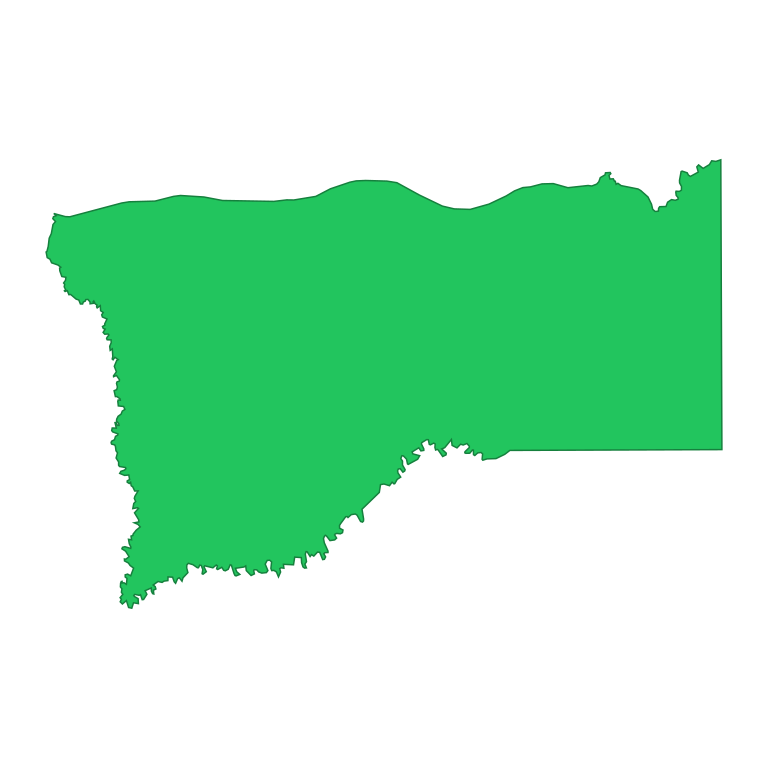 Chong Kal, Otdar Mean Chey, Cambodia (Natural Earth projection)
{"feature_id": "14789045B71050789066686", "entity_name": "Chong Kal", "entity_type": "district", "adm_level": 2, "iso_a3": "KHM", "parent_name": "Cambodia", "parent_adm1": "Otdar Mean Chey", "projection": "natural_earth1", "projection_center": [103.539, 14.003], "detail": "fine", "context": "isolated", "style": "filled", "palette": "green", "viewbox_px": 768, "rotation_deg": 0, "n_neighbors": 0, "source": "geoboundaries", "source_scale": "gbopen_adm2", "svg_char_len": 6083}
<svg xmlns="http://www.w3.org/2000/svg" viewBox="0 0 768 768"><path d="M122.4,604.0L126.4,600.6L128.6,607.5L131.8,608.2L133.5,602.8L138.4,603.6L138.1,598.6L134.4,596.5L133.8,595.4L134.8,594.4L139.2,595.3L140.5,594.7L142.2,599.7L143.6,599.5L146.9,594.3L145.1,590.7L151.2,588.0L151.4,591.2L152.6,593.6L153.8,594.0L153.4,590.2L155.9,589.0L155.2,586.6L153.2,585.0L158.0,581.5L162.1,582.4L164.1,581.1L167.9,580.6L168.0,576.9L172.6,577.2L174.2,581.8L175.6,583.3L177.6,578.6L179.3,577.8L182.0,581.2L183.0,577.8L187.9,572.6L186.7,568.0L186.8,565.0L188.3,563.3L193.0,564.7L197.3,567.7L198.5,567.7L199.7,565.1L201.2,565.4L202.8,569.6L202.1,573.7L203.0,574.2L206.3,571.7L204.0,566.8L204.7,565.8L212.9,567.8L216.3,565.0L217.4,565.8L216.6,568.8L217.7,569.5L221.8,567.3L223.7,570.3L225.3,570.8L228.2,569.3L230.2,564.8L231.4,565.2L234.0,573.5L235.0,575.5L236.1,575.9L239.8,574.4L236.8,571.8L235.4,568.3L244.0,567.0L245.7,565.9L246.3,570.6L251.1,575.5L254.4,573.9L253.7,570.7L254.2,569.7L256.7,569.8L258.6,571.9L261.8,573.1L266.4,572.6L267.9,570.6L265.2,564.1L267.2,560.4L269.7,560.2L271.6,561.9L270.9,568.4L271.7,570.6L273.9,570.4L276.4,571.9L278.5,576.9L280.6,572.0L279.7,568.6L280.9,567.8L283.9,568.2L283.4,564.3L293.5,564.8L294.7,557.1L301.3,557.6L301.6,562.7L303.0,566.9L304.6,568.1L306.4,567.9L304.9,564.1L306.5,561.7L305.3,554.1L306.1,551.6L307.1,551.7L310.1,556.5L311.5,554.6L313.8,556.1L317.5,552.1L319.7,552.3L322.7,559.6L324.4,559.3L325.6,556.9L323.8,553.7L324.9,552.7L328.0,552.5L328.0,551.1L324.3,542.8L323.5,538.6L324.4,536.3L325.3,535.3L326.6,536.1L330.0,540.6L334.7,539.9L336.6,538.1L334.6,534.9L335.1,534.1L336.6,533.4L340.4,533.8L342.5,532.7L343.0,530.0L339.6,528.2L339.5,525.5L340.5,523.8L345.7,516.7L347.3,516.6L348.0,517.5L351.3,514.6L355.4,514.0L357.1,515.2L360.6,521.5L362.5,522.1L363.5,521.0L363.6,519.0L362.0,509.2L379.3,492.4L380.5,484.6L384.0,484.0L389.5,485.7L392.1,482.2L394.0,483.9L394.8,483.6L397.2,479.4L400.7,477.1L398.0,473.0L397.6,470.7L398.3,469.0L400.2,468.7L402.9,472.2L404.7,471.0L405.1,469.6L402.5,465.0L402.5,461.1L400.8,458.5L401.9,455.7L403.4,455.9L406.5,459.1L407.5,463.9L408.2,464.4L417.6,459.3L419.7,455.7L412.9,453.9L412.1,451.9L418.8,447.8L420.9,450.9L423.8,450.4L423.8,448.9L421.4,443.9L421.8,442.6L426.7,439.6L428.3,439.7L429.3,444.4L430.4,444.8L433.8,443.1L435.2,444.0L434.9,447.3L435.6,450.0L437.3,449.4L438.2,450.0L442.7,456.5L446.0,454.9L446.3,453.2L441.7,448.9L444.7,447.7L451.4,439.5L452.1,445.4L457.0,447.9L460.6,444.2L463.2,445.0L466.9,443.5L469.3,446.2L469.3,447.5L465.0,451.7L464.8,452.8L465.8,453.3L469.8,453.2L472.4,450.0L473.4,450.1L473.5,454.7L474.8,455.5L477.7,452.9L481.1,452.5L482.6,453.9L482.1,459.3L482.8,460.2L487.0,458.9L496.0,458.6L504.8,454.3L509.9,450.4L721.9,449.6L720.8,159.8L715.9,161.4L711.7,160.8L709.4,164.6L703.1,168.4L698.6,164.9L696.8,166.9L698.3,172.1L690.4,176.4L688.4,175.1L687.2,172.8L682.1,171.1L681.1,171.6L679.5,180.3L679.6,182.9L681.5,186.5L681.4,190.2L679.4,191.4L676.1,191.2L675.8,192.1L676.2,195.4L678.1,197.7L678.1,199.2L675.3,200.3L671.5,199.6L667.6,202.2L666.0,206.5L659.7,206.7L658.6,208.3L658.4,211.1L656.4,211.4L655.0,211.4L652.7,209.3L651.5,204.2L648.0,197.0L640.8,190.6L638.1,189.0L621.1,185.6L617.9,183.3L616.1,184.3L615.3,181.2L614.5,181.2L613.3,178.8L609.9,179.0L609.0,175.4L610.8,173.7L610.2,172.5L605.5,172.8L605.0,174.9L600.3,177.6L598.8,181.8L596.7,184.1L591.8,186.0L588.1,185.5L567.9,187.7L553.3,183.6L542.0,183.9L530.4,186.9L522.8,187.6L514.5,190.9L506.1,196.0L489.0,204.1L470.2,209.4L454.3,208.9L442.4,206.1L419.3,195.0L396.9,182.7L386.9,181.1L365.7,180.5L356.1,180.9L349.9,182.2L330.4,188.8L315.8,196.4L293.8,200.0L286.7,199.9L273.8,201.4L222.5,200.5L204.0,197.0L180.5,195.5L173.5,196.4L155.0,201.1L129.2,201.8L121.7,203.0L69.8,216.8L65.3,216.6L53.8,213.5L56.2,215.7L53.5,216.7L52.8,218.7L55.5,221.5L53.0,224.5L51.3,233.7L49.2,238.2L48.2,246.5L46.9,251.5L46.1,252.0L47.2,257.6L50.0,259.2L51.6,262.8L57.9,265.0L60.8,267.2L59.6,268.1L59.8,270.8L61.8,276.5L65.9,277.3L65.5,280.3L63.6,283.0L64.7,284.3L64.2,286.8L65.7,289.8L64.4,290.8L65.1,291.5L67.3,290.7L68.9,294.7L70.7,294.5L76.1,299.1L78.8,300.0L80.4,304.0L82.6,304.0L83.3,302.0L85.3,301.1L85.7,299.6L87.9,299.4L90.0,301.9L90.1,303.8L93.6,303.3L93.1,301.8L93.8,301.0L95.2,303.8L97.0,305.1L96.6,306.8L97.2,307.9L100.3,305.7L100.6,310.7L103.2,312.5L101.7,314.8L102.4,317.0L107.0,319.0L104.7,323.9L104.8,325.2L102.5,326.5L103.3,328.5L105.2,329.1L103.1,332.4L104.7,334.2L108.1,334.0L108.9,335.0L107.0,337.4L106.6,338.6L107.2,339.8L111.1,339.9L111.2,342.7L109.7,346.3L110.2,350.4L112.3,348.9L112.8,356.6L112.2,359.0L113.1,359.8L114.9,357.3L118.2,359.6L116.7,360.5L114.3,366.3L116.4,371.8L113.5,375.8L113.6,376.7L116.5,375.5L119.5,379.8L119.3,381.1L117.1,381.8L116.5,383.3L117.4,387.0L116.7,389.6L114.1,390.7L115.4,396.6L117.0,396.6L120.1,398.9L120.3,400.2L118.2,400.0L117.8,401.3L118.3,405.9L123.6,406.5L124.9,409.4L122.3,411.1L121.1,414.1L118.1,416.3L116.7,419.1L116.5,421.0L118.7,423.4L119.0,425.4L117.5,425.4L115.9,422.5L115.0,422.6L116.3,428.1L112.2,428.0L111.7,430.6L112.7,431.9L118.0,433.9L117.7,435.2L115.5,436.3L114.5,439.7L111.6,441.2L111.1,442.7L111.6,444.1L114.7,444.9L115.4,446.3L116.0,450.8L117.5,452.8L116.1,458.0L118.6,461.9L118.6,465.2L119.5,466.5L125.5,467.5L125.9,468.7L124.5,470.1L120.9,471.3L119.7,473.4L124.6,475.4L128.8,475.0L129.6,479.5L127.2,480.9L127.2,482.2L129.3,483.5L130.6,482.3L131.2,485.7L132.8,486.9L134.7,491.0L138.1,490.9L134.9,496.3L134.3,498.4L135.7,501.5L133.8,503.4L132.8,508.6L137.4,507.7L138.5,508.4L134.5,512.8L138.6,519.6L138.9,521.9L134.3,522.8L138.0,524.4L140.2,526.9L136.2,530.2L133.1,534.1L132.9,535.5L131.0,536.1L131.6,539.8L128.5,539.3L129.3,543.8L130.9,547.1L130.7,548.4L124.9,546.7L122.5,547.3L121.9,548.8L125.6,551.2L129.1,556.7L125.8,559.2L124.4,559.0L124.5,560.9L128.4,563.0L130.1,565.5L133.6,568.1L130.7,575.8L127.6,574.1L125.2,574.8L125.2,577.0L127.0,578.4L126.4,584.3L124.0,582.8L121.8,583.0L122.1,581.4L121.3,581.5L120.6,583.2L120.4,586.9L121.9,588.8L121.4,592.3L122.8,594.3L120.1,597.7L121.4,599.2L120.2,601.8L122.4,604.0Z" fill="#22c55e" stroke="#15803d" stroke-width="1.5"/></svg>